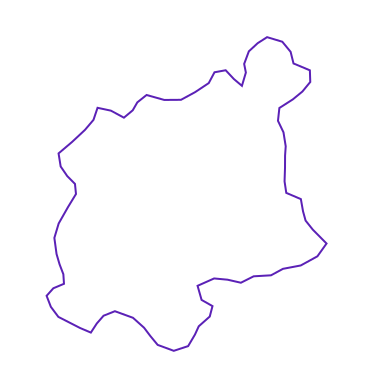 the district of Bandeira do Sul, Minas Gerais, Brazil, rotated 274°
{"feature_id": "56859067B38581896750918", "entity_name": "Bandeira do Sul", "entity_type": "district", "adm_level": 2, "iso_a3": "BRA", "parent_name": "Brazil", "parent_adm1": "Minas Gerais", "projection": "equal_earth", "projection_center": [-46.384, -21.726], "detail": "fine", "context": "isolated", "style": "outline", "palette": "violet", "viewbox_px": 384, "rotation_deg": 274, "n_neighbors": 0, "source": "geoboundaries", "source_scale": "gbopen_adm2", "svg_char_len": 1140}
<svg xmlns="http://www.w3.org/2000/svg" viewBox="0 0 384 384"><g transform="rotate(274 192 192)"><path d="M221.2,56.2L208.3,59.2L199.2,66.4L191.9,74.7L181.9,76.4L168.4,69.4L151.3,61.2L136.6,57.9L120.7,61.2L110.7,64.9L101.0,69.4L91.5,70.7L86.3,60.4L78.3,54.2L67.6,59.2L58.1,67.4L53.7,77.7L48.5,89.9L44.7,100.9L54.2,106.2L62.4,112.4L67.7,123.4L62.4,141.9L53.3,153.6L45.3,160.6L37.1,168.4L32.3,184.9L38.0,198.9L50.0,204.9L58.5,208.1L69.0,218.4L79.6,220.4L85.0,209.1L98.8,204.1L107.3,220.1L107.0,233.6L104.9,247.1L112.2,259.4L114.4,276.6L121.7,288.1L126.3,305.6L136.6,321.6L150.0,329.8L162.9,315.1L171.4,307.3L180.5,304.1L192.5,301.1L197.7,286.1L209.0,283.6L222.5,283.1L234.9,282.3L244.1,282.3L257.9,279.1L269.0,272.8L281.9,273.3L291.4,286.1L299.9,295.1L310.0,302.3L321.6,301.1L327.3,284.3L338.7,280.6L348.2,271.6L351.7,256.1L345.0,247.1L336.3,238.9L323.4,235.1L314.9,237.4L301.4,234.4L307.6,225.9L315.8,217.1L313.0,206.1L301.8,201.1L291.8,188.1L283.2,174.6L281.9,157.9L285.6,139.9L277.6,131.2L269.4,127.2L261.4,118.9L267.5,105.4L269.4,91.9L257.1,88.7L246.5,80.9L233.6,68.9L221.2,56.2Z" fill="none" stroke="#5b21b6" stroke-width="2"/></g></svg>